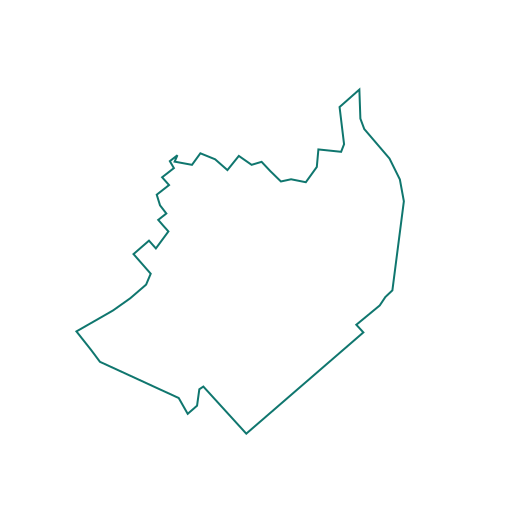 Etowah, Alabama, United States of America, rotated 139°
{"feature_id": "52423323B46857882117510", "entity_name": "Etowah", "entity_type": "district", "adm_level": 2, "iso_a3": "USA", "parent_name": "United States of America", "parent_adm1": "Alabama", "projection": "albers", "projection_center": [-86.062, 34.021], "detail": "fine", "context": "isolated", "style": "outline", "palette": "teal", "viewbox_px": 512, "rotation_deg": 139, "n_neighbors": 0, "source": "geoboundaries", "source_scale": "gbopen_adm2", "svg_char_len": 831}
<svg xmlns="http://www.w3.org/2000/svg" viewBox="0 0 512 512"><g transform="rotate(139 256 256)"><path d="M95.2,313.6L116.2,282.6L123.4,278.8L139.0,295.5L151.7,283.3L170.0,279.0L179.2,290.9L188.3,295.9L189.5,310.5L190.0,323.4L199.5,327.7L203.3,342.8L221.2,339.6L223.4,355.8L230.6,370.0L244.5,366.8L255.5,380.6L249.2,383.6L258.8,384.1L260.3,376.2L275.2,377.0L275.1,366.6L290.7,367.4L295.2,357.2L295.8,346.9L306.1,347.4L306.1,340.0L306.0,332.0L326.6,327.4L326.7,337.8L347.2,337.8L347.1,311.7L357.7,306.5L378.6,306.6L399.6,308.7L441.0,316.9L442.1,293.3L443.2,278.5L407.5,199.5L411.1,181.7L398.7,181.7L386.2,192.6L381.4,192.0L379.9,128.3L225.1,127.9L225.4,138.3L195.1,137.5L185.2,140.2L175.6,140.6L108.5,200.3L97.2,219.4L91.3,242.0L91.0,280.8L87.1,291.2L68.8,313.8L95.2,313.6Z" fill="none" stroke="#0f766e" stroke-width="2"/></g></svg>